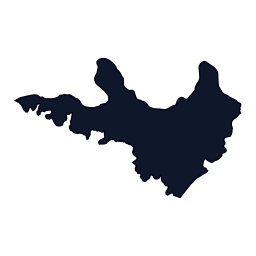 outline of Miguelópolis, São Paulo, Brazil
{"feature_id": "56859067B41610080669691", "entity_name": "Miguelópolis", "entity_type": "district", "adm_level": 2, "iso_a3": "BRA", "parent_name": "Brazil", "parent_adm1": "São Paulo", "projection": "mercator", "projection_center": [-48.166, -20.191], "detail": "fine", "context": "isolated", "style": "filled", "palette": "ink", "viewbox_px": 256, "rotation_deg": 0, "n_neighbors": 0, "source": "geoboundaries", "source_scale": "gbopen_adm2", "svg_char_len": 4679}
<svg xmlns="http://www.w3.org/2000/svg" viewBox="0 0 256 256"><path d="M114.8,65.6L113.0,63.4L111.7,62.5L109.3,60.5L106.7,59.2L104.7,58.7L102.2,58.7L99.8,59.2L98.4,60.1L97.1,61.6L97.1,63.3L98.5,66.9L97.4,72.0L96.9,73.6L95.6,75.9L94.8,78.3L94.8,79.8L95.9,82.8L97.1,84.2L101.2,87.7L104.9,91.0L108.5,95.7L108.9,98.1L108.9,100.5L107.4,102.2L106.3,103.4L100.8,104.7L99.6,106.3L97.1,106.8L94.3,107.8L90.1,107.8L86.2,107.1L84.4,106.6L82.8,105.7L81.6,104.8L80.7,103.4L80.3,102.2L79.4,101.0L77.6,99.2L75.1,98.3L73.9,97.3L72.4,96.5L69.6,94.9L66.6,95.2L64.6,94.6L62.7,95.3L60.0,95.4L58.3,97.2L55.0,98.5L51.5,99.0L48.8,98.9L46.3,99.0L44.2,98.4L42.3,97.2L40.8,97.5L39.7,97.2L38.8,96.4L37.5,95.4L34.0,95.0L27.3,96.2L20.7,97.8L19.0,98.5L15.4,100.6L16.9,101.4L18.0,101.9L19.4,102.6L20.4,103.8L21.3,104.7L22.2,106.0L23.2,107.9L23.7,109.4L25.9,111.8L27.2,111.9L28.1,110.8L28.8,108.8L29.3,107.3L31.0,107.4L31.6,108.4L32.9,110.4L34.4,109.6L36.3,106.4L36.7,104.7L38.1,103.8L40.2,103.8L40.3,105.1L39.0,106.8L38.5,109.6L38.1,110.8L37.0,112.0L37.4,114.1L38.4,115.2L39.7,114.3L40.5,112.0L41.7,111.0L42.8,111.0L44.4,111.6L45.6,110.5L47.2,110.3L48.5,110.1L50.3,109.6L51.8,110.8L52.1,112.3L50.3,114.7L49.0,114.7L47.8,114.8L46.1,115.1L45.6,116.4L46.7,118.3L49.5,119.0L50.9,117.8L52.5,118.4L54.0,121.7L55.0,123.4L55.8,124.3L56.6,125.4L58.7,125.8L60.3,125.7L62.4,125.0L62.8,122.9L63.9,121.0L65.2,120.7L66.2,119.9L66.6,118.7L66.3,116.7L66.3,114.7L67.7,114.0L69.0,114.4L69.8,113.1L71.9,112.5L72.4,114.5L71.8,117.0L71.5,119.5L70.6,121.1L70.7,122.7L71.2,124.3L69.7,126.2L69.6,127.7L70.6,130.2L72.5,130.8L73.6,132.1L75.1,132.8L77.7,133.4L79.1,133.0L80.5,133.0L82.5,133.4L84.0,134.6L85.8,135.0L86.5,136.3L86.7,137.5L87.0,139.2L88.2,138.6L88.7,136.8L89.9,134.8L90.0,133.1L90.0,131.5L90.6,130.3L92.0,129.4L94.1,130.0L95.9,129.9L97.2,130.9L98.8,130.5L100.1,131.2L101.4,131.8L102.8,131.9L104.7,131.6L104.6,134.9L105.0,137.2L104.0,138.5L101.7,139.5L100.2,140.3L98.7,142.5L99.4,144.0L101.1,143.8L103.0,143.9L104.9,143.6L106.4,143.0L107.2,141.9L108.4,141.4L109.2,140.3L111.3,139.3L113.1,139.5L114.3,139.4L114.9,140.8L116.1,141.4L117.7,140.9L119.2,141.2L121.7,141.2L123.6,141.8L125.3,141.6L126.3,143.2L127.6,143.4L129.4,144.4L131.4,144.7L132.2,145.9L133.6,146.9L133.7,149.0L133.1,150.8L132.7,152.2L133.4,154.1L134.5,155.4L136.1,156.3L137.4,157.7L136.7,159.6L134.9,161.0L132.9,162.4L133.7,163.4L135.3,164.2L136.4,166.2L135.5,167.8L135.5,169.0L135.6,170.4L137.3,171.6L138.0,173.4L139.9,173.2L141.4,174.5L140.6,176.5L141.2,178.1L142.3,178.9L143.1,180.7L145.0,181.2L146.5,180.5L147.2,179.4L148.4,178.7L149.6,177.3L150.4,175.0L152.1,175.0L153.6,176.0L154.0,177.5L155.2,178.8L157.2,178.8L158.7,178.4L159.3,177.2L160.4,175.1L161.3,176.3L161.8,180.1L162.3,181.4L163.5,182.3L165.6,185.6L167.9,185.7L168.5,187.4L168.0,188.8L166.0,192.4L166.4,194.4L167.8,194.9L168.9,194.1L170.4,193.5L172.0,192.3L173.2,193.2L173.8,195.1L175.9,196.0L178.5,196.9L180.1,197.3L190.9,183.5L192.5,182.3L193.6,180.9L195.4,179.0L196.9,177.8L199.0,176.6L201.2,175.2L203.9,173.6L206.1,172.3L207.5,170.7L206.3,169.6L205.9,168.4L204.4,168.2L203.2,167.2L202.5,165.8L202.8,164.2L203.3,160.8L204.3,159.2L205.4,158.5L207.6,160.2L209.7,161.5L211.6,162.4L213.4,161.5L214.4,160.7L216.0,160.2L217.5,159.6L218.7,158.7L219.9,157.7L220.8,156.8L221.7,155.3L221.8,154.0L222.8,152.9L224.7,152.4L226.1,150.8L225.7,149.2L224.4,147.6L222.7,146.0L224.5,144.4L224.8,142.9L224.0,141.0L223.7,139.2L224.5,137.6L226.4,136.9L228.4,136.4L229.8,136.4L230.6,135.4L231.3,133.8L231.8,131.9L231.9,130.1L232.2,128.3L231.8,126.7L231.2,125.3L231.3,122.9L231.7,121.5L232.4,120.3L233.4,119.1L234.5,118.4L235.6,117.6L237.0,116.5L238.1,115.2L239.1,114.0L240.3,113.1L239.4,110.2L240.1,109.0L239.5,107.2L240.4,106.2L240.6,105.0L240.4,103.6L239.0,103.0L237.6,102.7L236.1,100.6L230.5,97.8L226.5,95.2L224.5,94.5L223.2,93.6L222.1,92.5L218.8,87.1L218.4,85.8L218.0,82.9L217.7,77.5L217.6,74.0L217.4,72.4L216.4,70.4L214.8,68.4L213.1,67.0L205.5,61.8L203.7,61.7L202.0,62.6L200.8,63.5L199.5,65.9L199.2,67.6L199.9,75.4L200.0,77.7L199.6,79.4L199.0,81.1L197.2,83.7L195.5,87.3L195.2,90.2L194.0,91.6L192.0,94.2L190.6,95.6L189.2,97.2L187.9,99.0L186.2,99.6L184.7,98.9L183.3,98.0L181.7,97.5L180.3,97.8L179.3,98.6L178.2,99.7L177.5,100.6L176.4,104.2L175.4,105.4L172.9,106.0L167.8,109.0L165.2,109.8L162.9,109.7L159.4,109.1L157.7,109.1L153.8,108.9L150.8,107.8L149.2,107.1L148.0,106.0L146.8,104.2L145.4,102.5L144.1,101.9L142.2,101.4L139.8,100.2L138.4,100.0L136.7,99.1L135.4,96.6L134.4,93.0L133.8,91.5L132.6,90.5L131.4,90.5L128.9,90.8L124.6,87.6L123.9,86.3L123.3,84.8L123.3,79.8L123.1,78.4L122.2,77.3L119.7,72.6L118.1,70.9L117.1,70.0L116.1,68.3L115.6,66.8L114.8,65.6Z" fill="#0f172a" stroke="#020617" stroke-width="1.5"/></svg>